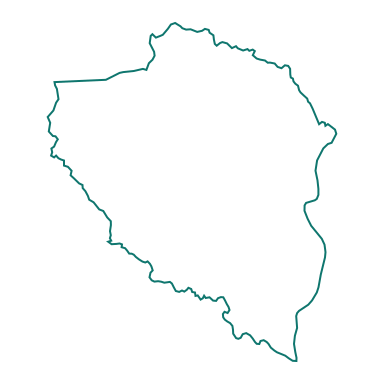 outline of Capão do Leão, Rio Grande do Sul, Brazil
{"feature_id": "56859067B74187355955260", "entity_name": "Capão do Leão", "entity_type": "district", "adm_level": 2, "iso_a3": "BRA", "parent_name": "Brazil", "parent_adm1": "Rio Grande do Sul", "projection": "equal_earth", "projection_center": [-52.541, -31.849], "detail": "fine", "context": "isolated", "style": "outline", "palette": "teal", "viewbox_px": 384, "rotation_deg": 0, "n_neighbors": 0, "source": "geoboundaries", "source_scale": "gbopen_adm2", "svg_char_len": 2914}
<svg xmlns="http://www.w3.org/2000/svg" viewBox="0 0 384 384"><path d="M296.4,361.0L296.5,357.8L295.3,352.1L294.0,343.9L294.9,335.8L297.1,327.9L296.2,316.1L297.1,313.1L299.0,310.9L308.3,304.7L312.0,300.5L316.8,292.5L318.5,287.3L320.8,274.5L325.0,257.4L325.5,252.2L325.1,249.0L324.5,244.6L321.8,238.8L311.2,225.8L307.6,218.7L304.5,210.8L304.6,205.4L306.1,202.9L314.8,200.3L316.8,198.9L318.4,194.9L318.4,188.9L317.5,180.4L315.5,170.7L317.1,160.4L323.3,148.4L327.9,144.0L331.6,142.8L336.3,133.8L335.0,129.6L327.9,124.1L325.4,125.8L324.8,122.8L322.0,121.9L319.1,124.2L312.6,108.6L310.0,103.3L308.1,101.7L307.2,98.6L304.0,95.7L300.5,92.4L299.1,90.2L298.0,85.7L295.3,83.7L293.5,81.4L292.9,78.6L290.8,77.5L290.3,74.6L290.1,68.8L288.2,65.9L284.9,65.3L281.5,68.2L277.6,66.9L274.7,63.5L270.0,62.6L267.7,62.7L265.0,60.5L260.1,59.6L256.6,58.5L252.8,55.2L254.8,51.1L252.7,49.6L249.3,50.8L247.5,49.1L243.1,50.5L237.8,48.3L236.0,46.2L231.9,48.1L227.1,43.4L222.4,42.1L220.1,43.0L216.7,45.7L214.8,43.9L213.9,39.5L213.4,35.3L209.6,32.7L208.7,29.9L204.9,28.9L202.1,30.8L197.2,31.9L190.6,29.3L186.1,29.6L182.3,28.2L180.5,26.3L175.1,23.0L170.9,24.5L167.9,28.8L162.8,34.8L160.3,35.9L155.9,37.6L152.4,34.2L150.7,35.9L149.7,43.2L154.1,51.8L154.6,55.7L152.5,59.7L148.9,63.2L146.4,69.9L142.9,68.9L133.8,71.0L128.0,71.6L123.2,72.1L119.6,72.9L105.9,79.8L54.5,82.1L55.1,85.4L56.9,88.9L58.5,99.2L56.1,102.7L53.4,110.5L47.7,117.0L50.2,122.8L48.8,131.5L52.9,136.0L55.5,136.3L57.8,139.3L56.0,142.1L54.1,146.6L51.4,148.5L52.2,152.3L51.1,155.6L54.1,157.4L56.1,155.6L58.4,158.2L61.0,159.5L64.0,160.5L64.0,165.6L67.9,166.8L71.6,170.8L70.6,175.3L74.0,178.4L79.1,183.4L82.5,185.0L82.7,188.1L85.4,191.2L87.9,195.9L89.2,199.7L93.6,202.3L99.2,209.4L103.3,211.0L107.2,217.4L110.8,221.2L110.9,225.1L110.0,231.2L110.8,235.2L109.9,238.2L111.2,240.7L108.2,241.7L111.6,244.2L116.5,243.9L119.6,243.5L122.0,244.4L121.6,247.2L125.1,248.2L127.2,250.7L129.2,253.6L131.7,253.7L133.8,254.7L135.8,256.9L139.0,259.4L142.5,261.6L145.3,262.5L147.6,261.4L149.9,263.8L151.4,266.4L152.7,270.4L150.5,272.7L149.5,277.3L151.7,280.3L154.4,281.6L158.1,281.2L161.2,281.7L164.3,282.7L167.2,282.3L169.9,281.9L171.9,283.5L173.8,287.3L175.8,291.0L179.2,291.9L182.0,290.5L184.3,291.6L186.8,289.8L188.4,287.8L191.2,289.0L192.2,292.0L195.0,292.5L195.5,295.9L197.7,295.4L199.2,297.5L200.6,299.6L202.8,298.3L204.1,295.7L205.7,298.0L209.5,297.3L213.1,300.6L216.1,300.9L218.0,298.2L220.9,297.1L223.3,297.3L225.1,300.6L226.8,304.1L228.5,306.9L229.5,310.0L227.6,313.0L224.5,311.8L222.9,314.1L223.2,317.3L224.8,319.6L227.3,321.5L230.1,323.1L232.4,325.9L233.0,329.7L233.2,333.7L236.1,338.1L238.3,338.8L240.7,337.8L242.7,334.2L246.1,333.1L250.1,335.3L252.7,338.5L255.0,342.0L256.7,343.8L259.3,344.0L260.5,341.0L263.7,340.2L266.7,342.0L268.5,343.9L270.8,347.6L274.3,350.5L277.0,352.3L281.7,354.2L285.3,355.7L288.9,358.4L292.7,360.8L296.4,361.0Z" fill="none" stroke="#0f766e" stroke-width="2"/></svg>